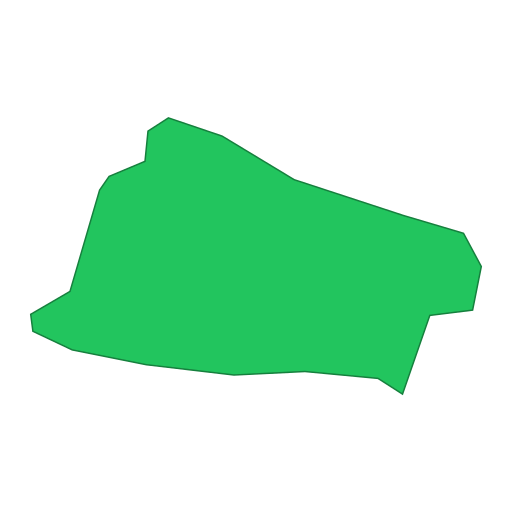 Gateshead, Albers equal-area conic projection
{"feature_id": "GBR-5665", "entity_name": "Gateshead", "entity_type": "Metropolitan Borough", "adm_level": 1, "iso_a3": "GBR", "parent_name": "United Kingdom", "parent_adm1": "", "projection": "albers", "projection_center": [-1.695, 54.944], "detail": "fine", "context": "isolated", "style": "filled", "palette": "green", "viewbox_px": 512, "rotation_deg": 0, "n_neighbors": 0, "source": "natural_earth", "source_scale": "10m", "svg_char_len": 391}
<svg xmlns="http://www.w3.org/2000/svg" viewBox="0 0 512 512"><path d="M233.9,375.0L146.3,364.7L72.2,349.9L32.9,331.3L30.7,314.3L70.0,291.4L99.6,190.1L109.1,176.4L145.0,161.3L148.0,131.1L168.4,117.9L222.1,136.1L294.2,179.7L403.1,215.4L463.5,233.3L481.3,266.5L472.6,310.1L429.8,315.4L402.5,394.1L378.0,378.4L304.9,371.5L233.9,375.0Z" fill="#22c55e" stroke="#15803d" stroke-width="1.5"/></svg>